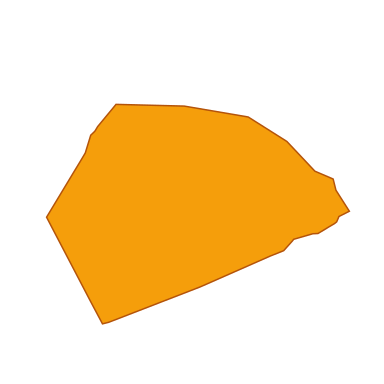 Reifi Gharb Kassala, Kassala, Sudan (Equal Earth projection), rotated 255°
{"feature_id": "16777658B99769220544106", "entity_name": "Reifi Gharb Kassala", "entity_type": "district", "adm_level": 2, "iso_a3": "SDN", "parent_name": "Sudan", "parent_adm1": "Kassala", "projection": "equal_earth", "projection_center": [36.076, 15.291], "detail": "fine", "context": "isolated", "style": "filled", "palette": "amber", "viewbox_px": 384, "rotation_deg": 255, "n_neighbors": 0, "source": "geoboundaries", "source_scale": "gbopen_adm2", "svg_char_len": 593}
<svg xmlns="http://www.w3.org/2000/svg" viewBox="0 0 384 384"><g transform="rotate(255 192 192)"><path d="M276.2,114.3L275.4,113.1L273.1,108.9L257.3,99.0L250.2,91.7L241.1,82.2L205.3,45.0L112.1,65.8L87.8,71.4L87.7,77.8L98.2,175.3L109.9,251.1L111.6,265.4L118.8,276.4L120.0,278.0L120.4,297.9L119.3,302.9L122.2,313.0L122.8,314.9L123.1,316.1L124.6,321.5L125.4,323.3L125.7,324.0L128.6,326.3L130.3,327.6L132.7,339.0L156.5,331.5L168.0,331.7L180.3,316.1L216.3,296.7L249.9,265.7L277.0,206.7L296.3,141.3L283.3,123.0L279.6,117.8L276.2,114.3Z" fill="#f59e0b" stroke="#b45309" stroke-width="1.5"/></g></svg>